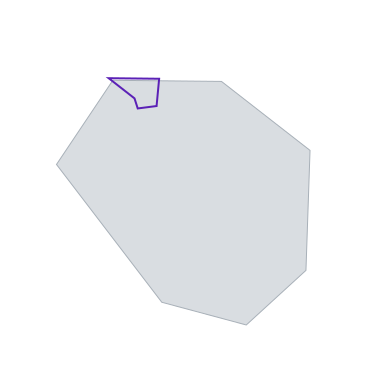 Nauru, with Boe highlighted, rotated 113°
{"feature_id": "NRU-4971", "entity_name": "Boe", "entity_type": "state/province", "adm_level": 1, "iso_a3": "NRU", "parent_name": "Nauru", "parent_adm1": "", "projection": "albers", "projection_center": [166.917, -0.541], "detail": "fine", "context": "in_parent", "style": "outline", "palette": "violet", "viewbox_px": 384, "rotation_deg": 113, "n_neighbors": 0, "source": "natural_earth", "source_scale": "10m", "svg_char_len": 392}
<svg xmlns="http://www.w3.org/2000/svg" viewBox="0 0 384 384"><g transform="rotate(113 192 192)"><path d="M305.3,176.7L219.6,327.5L120.1,308.5L78.7,208.1L107.6,99.6L219.6,56.5L293.2,90.1L305.3,176.7Z" fill="#d9dde1" stroke="#a8b0b8" stroke-width="1"/><path d="M119.8,313.2L100.6,266.5L126.7,258.2L136.3,274.6L128.3,281.5L119.8,313.2Z" fill="none" stroke="#5b21b6" stroke-width="2"/></g></svg>